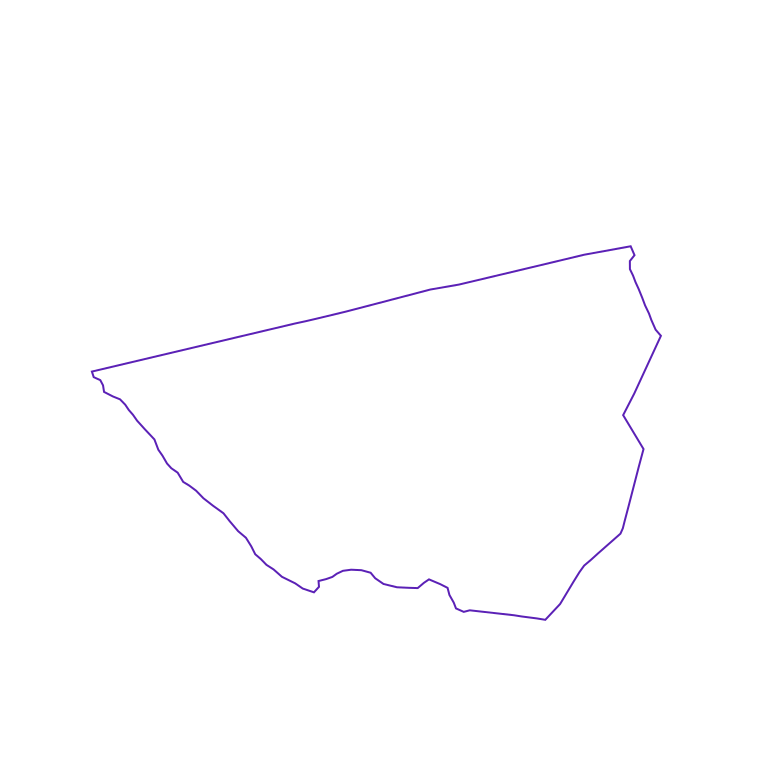 outline of Inhapi, Alagoas, Brazil, rotated 112°
{"feature_id": "56859067B78860328725040", "entity_name": "Inhapi", "entity_type": "district", "adm_level": 2, "iso_a3": "BRA", "parent_name": "Brazil", "parent_adm1": "Alagoas", "projection": "equal_earth", "projection_center": [-37.665, -9.294], "detail": "fine", "context": "isolated", "style": "outline", "palette": "violet", "viewbox_px": 768, "rotation_deg": 112, "n_neighbors": 0, "source": "geoboundaries", "source_scale": "gbopen_adm2", "svg_char_len": 1366}
<svg xmlns="http://www.w3.org/2000/svg" viewBox="0 0 768 768"><g transform="rotate(112 384 384)"><path d="M279.1,376.5L322.8,435.2L331.4,446.8L348.9,471.3L355.3,480.4L361.4,489.4L481.9,659.5L486.4,655.7L486.7,648.5L490.5,644.0L496.2,640.6L497.1,630.7L497.1,623.0L500.1,616.2L503.7,610.9L506.6,605.2L510.5,599.2L515.5,588.9L521.4,576.1L529.5,568.6L533.4,562.6L539.0,555.4L541.8,549.6L543.5,542.1L550.0,533.5L551.1,526.7L553.3,518.3L557.6,508.6L560.9,497.0L564.0,484.4L569.0,475.7L575.1,464.1L578.3,454.4L584.2,446.3L590.1,439.6L592.5,432.5L595.7,425.3L597.3,416.9L601.0,406.4L602.1,391.7L604.1,382.7L603.4,370.9L596.4,368.3L591.2,370.9L586.6,364.6L582.2,359.6L577.6,356.7L572.6,352.1L568.5,344.9L565.1,335.2L564.0,325.7L567.4,319.4L569.6,309.5L567.6,295.8L563.7,284.7L560.6,276.3L553.4,272.5L548.3,269.1L548.5,257.0L549.2,248.7L555.1,244.3L560.6,237.4L565.1,233.2L565.4,224.7L561.7,219.7L549.7,176.8L548.0,169.4L544.1,154.5L542.2,146.1L522.0,138.3L496.2,134.2L485.2,132.3L477.4,130.4L469.4,126.2L460.9,122.1L434.2,108.7L428.3,108.5L421.1,109.5L406.1,111.4L365.1,116.8L347.1,119.0L323.3,150.6L299.2,148.4L235.6,145.3L231.9,152.5L224.4,160.2L219.4,164.7L213.3,171.4L207.4,176.8L200.4,183.6L195.4,188.9L190.2,193.7L185.4,199.0L177.9,202.1L170.7,200.0L163.9,206.9L189.2,246.9L219.9,290.0L263.7,351.7L279.1,376.5Z" fill="none" stroke="#5b21b6" stroke-width="2"/></g></svg>